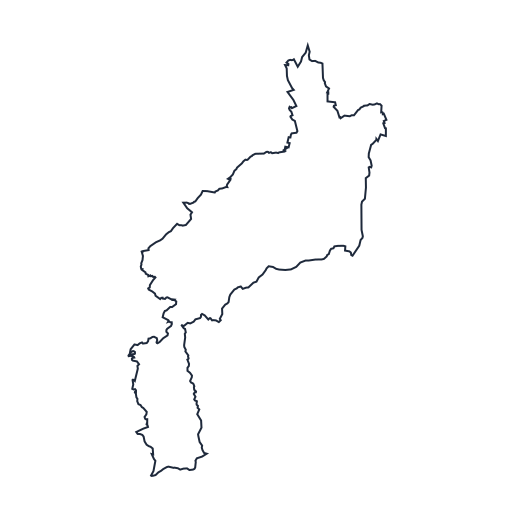 outline of Izvoru Barzii, Mehedinti, Romania, rotated 255°
{"feature_id": "2599482B77964266021136", "entity_name": "Izvoru Barzii", "entity_type": "district", "adm_level": 2, "iso_a3": "ROU", "parent_name": "Romania", "parent_adm1": "Mehedinti", "projection": "albers", "projection_center": [22.639, 44.717], "detail": "fine", "context": "isolated", "style": "outline", "palette": "slate", "viewbox_px": 512, "rotation_deg": 255, "n_neighbors": 0, "source": "geoboundaries", "source_scale": "gbopen_adm2", "svg_char_len": 6121}
<svg xmlns="http://www.w3.org/2000/svg" viewBox="0 0 512 512"><g transform="rotate(255 256 256)"><path d="M301.6,178.0L300.2,174.8L296.9,170.2L295.9,167.4L295.2,163.0L292.9,156.5L291.3,154.1L289.5,153.8L290.0,148.3L289.5,147.8L290.0,147.2L289.9,146.7L285.3,146.8L281.4,145.3L278.7,143.3L277.3,143.1L275.7,142.0L273.3,141.8L272.7,142.9L272.1,142.3L268.8,145.0L267.4,144.9L265.7,146.9L264.3,146.8L264.5,147.9L264.0,148.5L264.5,149.0L263.6,149.7L263.6,150.7L262.4,151.2L262.1,152.9L261.3,153.3L259.4,150.4L255.4,146.0L253.1,145.2L252.6,143.5L251.3,143.7L248.6,146.6L245.8,148.7L243.6,148.7L239.2,152.3L240.1,153.7L239.9,155.0L239.0,155.0L238.1,157.0L239.1,158.7L239.0,159.8L236.3,162.7L235.1,165.7L234.8,165.0L234.5,165.9L232.7,167.2L230.2,166.3L228.4,161.7L229.0,160.0L226.6,155.5L226.5,153.7L224.5,151.9L221.0,150.0L216.7,154.7L216.0,154.9L215.1,154.0L215.2,155.2L214.1,156.1L213.8,157.4L212.1,157.1L210.4,155.8L208.7,151.4L207.7,150.3L206.0,149.8L204.0,150.9L202.2,150.0L200.6,145.1L197.9,140.7L197.2,138.3L197.7,137.7L198.4,137.6L200.2,138.8L202.3,138.9L204.4,136.6L204.6,135.0L203.8,132.5L204.0,130.8L201.6,129.7L200.2,127.9L200.7,124.1L202.0,123.5L201.7,121.0L200.6,118.6L202.0,115.7L198.4,110.8L195.6,109.4L195.3,109.7L196.0,112.3L195.8,113.2L194.6,114.2L193.0,113.8L192.8,113.0L193.2,110.3L193.6,109.4L194.5,109.1L192.9,107.1L192.2,107.1L192.0,109.1L191.2,111.0L190.0,112.0L189.4,112.1L189.5,110.3L189.1,109.6L187.8,109.3L186.8,110.0L185.0,113.7L181.7,115.0L180.5,113.0L177.8,112.7L166.7,106.6L167.8,106.0L168.4,105.1L168.2,104.7L163.7,104.2L159.7,102.1L158.7,103.3L158.7,104.7L157.3,105.3L155.5,104.8L156.0,103.9L155.7,103.7L153.9,104.3L150.4,103.9L148.7,104.5L146.5,103.7L143.3,104.1L141.9,105.9L139.6,106.6L138.4,107.8L133.7,110.1L131.4,109.1L129.4,106.7L127.5,106.8L126.8,107.4L126.5,108.7L122.2,107.5L122.5,107.2L121.7,106.7L120.5,107.4L118.8,107.4L118.4,102.5L117.0,94.8L114.8,95.6L114.0,98.0L112.6,99.9L110.7,100.7L105.7,100.4L102.0,101.5L100.0,103.3L99.0,104.8L96.8,106.4L91.0,105.3L91.7,104.0L86.3,104.9L84.2,105.8L74.8,101.3L71.1,97.8L70.6,98.2L70.4,99.6L70.4,102.3L72.3,105.7L73.1,108.8L74.2,111.2L75.2,115.2L75.2,116.9L72.7,121.6L72.7,122.4L71.2,125.6L69.3,127.5L69.4,130.9L68.7,134.4L66.5,136.3L66.0,139.8L66.3,141.4L67.4,142.5L72.6,144.5L73.9,144.5L75.9,146.5L76.2,152.0L77.8,157.2L79.2,154.9L82.2,154.1L84.9,154.0L86.8,154.9L90.9,153.4L96.9,153.7L98.8,153.9L104.3,158.9L111.3,160.4L118.4,158.3L122.5,161.5L124.5,160.3L126.3,161.1L127.7,160.2L128.6,160.3L131.0,161.3L132.3,159.6L133.5,159.2L135.7,161.1L138.9,160.2L140.1,161.4L139.9,162.6L140.7,163.0L142.8,161.7L145.5,162.1L146.1,162.7L148.4,162.5L149.4,162.0L150.6,160.5L152.3,160.0L155.5,162.6L157.1,163.2L160.3,162.0L162.8,160.1L165.8,160.9L167.1,162.6L169.1,163.4L173.7,162.9L174.0,163.9L174.6,164.4L176.4,164.3L177.5,164.9L182.1,163.1L183.6,163.9L186.7,163.2L188.5,163.5L195.6,166.5L199.3,167.1L200.4,168.4L203.9,168.6L204.9,167.5L208.1,166.3L208.3,166.6L207.4,167.5L207.2,168.5L209.1,172.7L207.9,175.1L208.7,178.8L210.5,181.1L210.5,185.9L211.5,187.1L213.3,187.6L214.0,188.9L211.9,191.1L207.0,193.5L207.9,195.1L207.7,195.9L205.2,196.9L205.1,198.1L204.2,200.6L201.8,203.0L203.1,205.3L204.7,204.8L208.6,208.4L214.0,209.6L217.0,213.7L217.6,216.1L218.6,217.6L223.2,219.6L225.4,221.2L229.2,226.4L229.7,229.1L230.4,230.2L230.5,233.4L227.7,234.7L228.0,238.3L227.6,240.5L230.9,246.6L231.1,249.8L234.6,253.1L236.4,257.5L239.8,261.7L241.3,263.0L242.8,265.6L241.0,269.6L238.4,272.1L236.9,274.9L234.9,280.7L234.0,286.3L235.1,292.1L238.2,297.1L238.8,302.7L238.0,305.6L237.2,312.5L235.7,318.5L235.6,320.8L237.3,324.2L238.5,325.0L239.0,326.8L242.1,328.8L243.5,330.4L243.4,332.8L245.0,334.2L244.6,337.7L243.2,343.2L242.2,344.8L238.2,343.4L236.3,347.4L234.8,348.5L232.2,348.3L231.3,349.3L239.2,358.4L244.4,361.2L245.9,363.5L247.4,364.3L253.9,364.7L278.4,371.1L281.1,372.5L283.1,376.0L293.6,379.9L302.8,382.2L304.4,386.1L307.2,387.2L312.4,387.8L312.7,388.8L311.8,390.2L313.3,391.1L318.7,391.4L322.3,390.4L325.8,391.5L333.6,396.0L334.1,397.6L337.0,402.3L337.9,402.6L335.5,403.5L341.2,407.8L338.3,412.5L345.7,414.5L346.1,413.7L351.2,413.3L351.2,414.6L353.3,414.4L353.8,417.2L360.3,416.3L360.2,415.2L361.8,415.5L362.4,414.9L362.4,414.1L368.7,416.2L370.6,415.1L370.9,413.7L372.1,412.3L371.7,409.8L371.9,407.9L373.4,405.1L372.6,402.7L373.2,399.2L372.9,398.7L372.9,399.3L372.2,395.5L370.8,393.8L370.6,392.4L366.6,387.1L367.2,384.8L366.7,382.8L368.7,377.8L367.2,373.4L368.4,373.2L368.3,372.5L375.2,372.2L380.0,369.6L381.0,370.2L381.0,372.1L384.0,372.2L386.8,365.1L393.9,367.0L393.9,367.8L395.4,368.2L395.7,367.2L398.9,369.9L401.7,367.5L405.1,367.2L406.1,367.7L408.2,366.9L410.7,366.8L424.7,370.0L425.9,368.5L426.8,366.2L429.1,363.7L429.8,360.5L432.0,358.5L436.2,359.0L439.4,360.7L446.0,360.5L439.5,356.6L436.3,352.1L432.2,349.8L428.0,345.3L436.2,343.5L435.8,342.4L435.9,341.2L436.6,339.8L436.5,337.9L434.9,335.5L433.1,337.0L431.9,336.5L432.9,333.5L429.2,334.2L421.9,332.5L417.6,332.3L408.9,334.3L406.7,335.4L406.3,328.9L397.1,332.5L390.4,333.8L389.5,328.9L390.2,328.6L390.7,329.4L390.5,327.9L391.4,327.1L390.1,326.1L388.4,326.3L386.1,327.5L382.5,327.7L382.2,325.7L381.6,325.3L378.4,326.4L376.4,328.5L365.9,328.3L364.6,327.0L365.2,322.2L364.1,321.1L361.6,319.9L362.3,318.3L357.4,315.7L356.3,317.7L352.5,315.6L354.0,312.6L352.8,312.0L352.1,313.3L351.1,310.3L349.8,311.4L349.5,310.7L350.1,305.2L349.7,304.1L350.7,302.1L351.1,298.2L352.4,297.2L352.3,295.2L353.4,294.6L353.8,293.7L353.8,292.8L352.9,290.1L354.9,281.8L354.2,278.6L353.6,277.9L353.4,276.5L351.2,272.9L351.1,272.1L351.8,270.7L350.7,268.3L349.1,266.3L346.3,260.6L345.0,259.5L343.9,257.2L340.7,254.7L338.7,251.4L337.8,248.9L337.0,249.8L336.9,251.3L336.2,251.0L332.5,246.6L331.2,245.9L330.0,246.1L330.4,244.9L330.0,240.9L330.4,238.0L329.2,236.2L328.8,233.4L328.0,232.6L331.3,225.6L332.6,221.3L329.5,218.7L327.1,214.8L324.4,211.5L324.4,210.2L323.8,209.5L323.4,205.7L323.7,204.8L324.2,204.8L325.5,202.9L326.3,199.6L319.9,201.9L314.8,205.5L312.9,203.4L308.6,202.9L304.1,196.3L304.3,193.0L304.9,192.3L305.6,189.9L307.5,188.1L304.5,183.2L302.0,180.2L301.6,178.0Z" fill="none" stroke="#1e293b" stroke-width="2"/></g></svg>